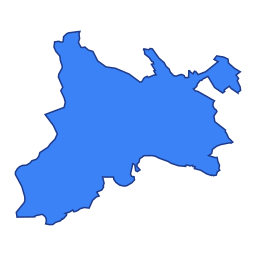 Carlow Lea-7, Carlow, Ireland
{"feature_id": "5873133B49983124461260", "entity_name": "Carlow Lea-7", "entity_type": "district", "adm_level": 2, "iso_a3": "IRL", "parent_name": "Ireland", "parent_adm1": "Carlow", "projection": "equal_earth", "projection_center": [-6.883, 52.832], "detail": "fine", "context": "isolated", "style": "filled", "palette": "blue", "viewbox_px": 256, "rotation_deg": 0, "n_neighbors": 0, "source": "geoboundaries", "source_scale": "gbopen_adm2", "svg_char_len": 2795}
<svg xmlns="http://www.w3.org/2000/svg" viewBox="0 0 256 256"><path d="M17.4,168.7L15.4,172.1L15.4,174.5L21.8,186.4L24.8,196.8L24.9,200.6L24.1,202.7L16.3,212.3L17.0,217.1L33.7,216.9L34.9,216.8L35.2,215.8L42.2,214.3L45.0,216.4L45.9,218.0L46.4,220.5L45.7,223.9L49.3,224.6L52.8,224.5L55.7,222.3L60.5,220.8L62.1,218.8L62.5,219.2L63.8,218.3L66.5,215.2L66.6,213.7L65.4,213.3L69.6,212.0L72.8,210.0L73.7,211.7L75.0,211.6L77.9,210.4L80.3,208.6L84.4,207.5L89.1,208.1L92.6,200.3L96.4,196.9L99.1,196.0L96.7,192.1L101.8,190.0L103.6,187.0L103.3,185.7L104.1,183.2L102.6,177.0L113.5,177.1L113.8,179.4L116.0,182.5L119.5,185.0L121.1,185.5L124.5,186.1L126.8,185.7L131.8,182.8L134.5,179.9L134.0,176.7L131.6,176.4L130.5,174.1L132.8,163.6L134.9,164.8L135.6,170.7L137.3,171.6L140.0,169.9L136.9,166.4L137.1,164.1L139.0,162.1L139.7,158.8L144.1,155.7L151.9,155.6L155.2,156.2L159.2,158.2L168.0,161.4L171.2,163.3L178.4,165.7L185.6,166.4L185.4,165.6L187.1,164.9L189.7,165.9L192.7,165.4L193.0,166.6L195.1,166.7L194.4,168.6L200.6,170.2L206.7,173.9L211.5,175.5L212.6,175.0L213.3,175.7L216.3,175.1L217.2,172.0L219.8,170.2L218.9,168.8L219.5,165.3L217.9,161.4L217.1,157.4L215.3,157.6L208.6,155.6L211.7,153.4L212.5,149.3L216.7,146.2L220.7,144.6L229.3,142.9L231.2,143.1L232.8,142.1L228.5,137.9L226.3,132.9L225.3,132.1L225.5,130.1L214.8,121.7L213.9,116.0L216.9,111.6L216.3,110.1L214.1,108.3L212.9,105.7L213.2,102.7L214.5,100.9L197.8,91.4L195.3,90.9L193.4,88.9L195.3,87.8L196.9,86.0L197.2,84.2L200.1,80.5L201.9,80.3L202.5,79.2L207.9,76.4L214.6,87.5L222.7,93.0L224.8,91.4L224.1,90.3L224.6,89.6L229.3,86.2L231.1,88.5L238.0,93.1L237.9,92.4L240.6,90.4L240.1,86.8L237.2,80.6L238.6,78.4L236.0,75.1L240.3,71.8L234.4,68.3L228.5,63.1L228.0,59.1L223.8,57.1L216.7,55.9L214.0,59.4L218.1,61.7L205.7,71.7L198.2,74.6L195.8,71.6L194.5,71.2L193.0,73.8L190.4,72.0L189.6,70.7L188.8,70.7L188.6,77.4L185.1,77.7L184.2,75.7L182.0,74.5L180.0,74.7L176.1,76.2L173.6,75.6L170.3,72.1L169.1,69.0L166.1,66.4L164.2,62.7L158.8,58.0L152.4,48.9L150.2,48.5L148.7,49.8L143.9,48.8L143.5,49.5L144.5,51.0L144.7,54.0L149.3,57.7L151.8,61.4L153.0,61.7L153.7,63.8L151.4,64.3L155.2,70.3L153.8,70.9L156.1,74.8L153.8,75.1L148.5,77.4L147.2,76.3L145.4,77.1L143.8,78.3L141.9,81.6L140.1,82.2L129.0,74.0L115.5,68.3L106.0,66.9L97.7,60.9L92.9,51.4L88.4,50.1L84.9,47.0L82.8,47.5L80.9,47.3L78.4,42.3L79.6,38.7L79.0,33.9L79.9,31.4L68.9,32.8L66.8,33.6L63.6,36.7L63.2,41.3L62.4,42.0L61.1,42.2L58.8,41.3L54.6,41.9L54.0,47.2L56.0,51.6L59.8,56.0L60.4,60.6L62.2,66.1L62.1,68.1L58.9,73.9L58.4,77.1L62.8,87.3L60.8,90.7L64.2,98.0L65.3,102.2L64.1,107.4L45.1,114.5L53.5,125.7L57.3,134.0L54.9,139.3L50.4,143.8L47.9,147.3L39.9,152.5L38.9,156.2L37.2,158.6L35.8,159.5L31.9,160.7L30.4,162.6L27.3,164.7L26.0,165.2L22.5,165.4L19.6,166.7L17.4,168.7Z" fill="#3b82f6" stroke="#1e3a8a" stroke-width="1.5"/></svg>